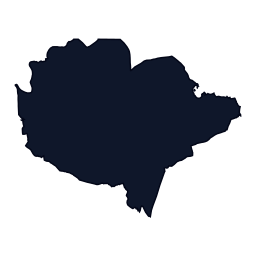 the district of Humbang Hasundutan, Sumatera Utara, Indonesia
{"feature_id": "22746128B305851071948", "entity_name": "Humbang Hasundutan", "entity_type": "district", "adm_level": 2, "iso_a3": "IDN", "parent_name": "Indonesia", "parent_adm1": "Sumatera Utara", "projection": "natural_earth1", "projection_center": [98.603, 2.238], "detail": "fine", "context": "isolated", "style": "filled", "palette": "ink", "viewbox_px": 256, "rotation_deg": 0, "n_neighbors": 0, "source": "geoboundaries", "source_scale": "gbopen_adm2", "svg_char_len": 5564}
<svg xmlns="http://www.w3.org/2000/svg" viewBox="0 0 256 256"><path d="M198.3,86.2L198.1,86.0L198.0,85.6L197.9,84.4L197.3,83.8L196.5,83.7L195.8,83.5L195.5,83.2L195.3,83.0L195.0,82.7L194.9,82.5L194.5,82.4L194.1,82.1L193.5,81.4L192.6,81.0L192.2,80.5L190.3,79.9L189.6,79.4L188.8,78.2L188.4,77.1L188.0,75.5L187.1,73.7L184.6,70.5L184.2,69.5L184.0,68.8L184.3,68.4L184.2,67.5L184.0,67.0L180.5,63.1L180.0,62.8L179.2,62.1L178.8,61.8L178.5,61.5L178.3,61.3L174.5,58.2L174.4,58.1L171.8,56.3L169.2,56.9L166.3,57.2L161.4,57.7L157.7,58.3L155.4,59.0L154.8,59.3L154.3,59.1L152.2,59.6L150.7,60.1L146.6,60.3L144.2,61.1L141.2,63.4L134.9,67.0L131.8,69.9L130.3,71.0L130.5,70.8L130.6,69.7L130.4,65.4L130.1,63.0L130.0,57.9L129.8,54.8L129.6,53.5L129.2,51.3L128.5,49.6L127.7,48.2L127.3,47.6L127.0,47.0L124.0,43.1L120.2,39.5L98.3,39.3L98.3,39.6L97.0,41.0L95.5,42.3L89.9,46.3L87.6,47.2L86.9,47.3L85.7,46.5L85.2,45.9L82.4,42.8L78.3,39.3L73.7,39.3L73.0,40.1L71.2,41.3L70.0,41.7L68.8,41.7L67.5,43.2L66.8,45.3L65.3,46.8L62.9,47.4L62.2,47.0L60.3,47.2L58.9,47.1L57.2,46.8L54.6,46.8L52.7,46.9L50.5,48.2L49.0,50.0L47.6,52.6L47.2,54.3L47.1,56.2L47.7,58.1L47.6,58.5L47.2,58.6L46.7,58.7L45.7,58.9L45.8,60.6L45.7,60.9L45.1,61.4L44.1,61.3L43.7,61.5L42.3,61.8L42.0,61.7L41.4,61.2L40.9,61.2L40.5,61.3L39.1,62.2L38.4,62.6L37.9,62.7L37.0,62.0L36.4,61.7L36.0,61.9L35.4,61.8L34.2,61.4L31.0,61.9L30.3,62.3L29.9,62.7L29.6,63.4L29.4,64.7L29.5,65.2L29.8,66.1L30.5,67.1L31.8,69.4L32.3,70.7L32.5,71.9L32.6,73.2L32.6,74.7L32.3,75.8L32.1,77.1L31.6,79.2L30.6,81.4L30.5,81.9L30.4,82.3L30.7,83.3L31.7,86.1L32.2,87.5L32.2,88.0L32.3,88.9L31.9,91.5L31.3,92.5L30.8,92.7L29.5,93.0L28.3,93.0L27.1,93.0L26.3,92.7L25.2,92.4L23.6,91.7L22.5,91.1L21.3,90.5L20.0,89.4L18.9,88.1L18.3,87.0L17.1,84.9L16.4,84.5L15.4,84.9L15.4,85.6L16.4,86.6L16.9,87.6L17.4,88.8L17.6,90.0L17.6,91.0L17.8,93.2L18.3,95.6L18.2,97.4L18.2,99.8L18.3,101.5L18.4,103.7L18.4,106.2L18.8,114.7L20.9,117.3L21.6,118.0L22.3,118.6L22.9,119.0L22.6,118.0L23.3,118.8L24.1,119.4L21.5,120.1L23.4,121.4L23.1,121.8L23.0,122.5L23.4,124.5L24.1,126.7L23.6,126.8L22.5,128.3L22.4,129.2L22.6,133.0L22.8,134.1L23.5,134.2L24.1,134.1L24.9,134.1L26.1,133.6L26.9,133.5L27.1,133.6L27.2,134.1L27.4,135.3L27.8,137.2L28.0,138.4L27.9,140.1L28.4,141.6L25.7,145.7L25.8,145.9L27.3,147.3L29.1,148.4L30.8,149.7L33.1,153.7L34.5,155.4L35.5,156.0L37.0,156.2L37.8,155.5L38.3,156.3L39.3,156.5L40.6,156.5L41.3,157.4L43.7,155.9L44.4,160.1L46.3,161.0L49.2,161.4L49.9,161.8L50.4,162.6L51.8,163.3L53.6,164.6L55.8,166.0L59.9,170.7L61.5,171.0L63.1,171.1L64.7,171.6L65.9,171.6L66.9,172.2L67.8,172.3L69.6,172.7L71.4,173.7L73.2,174.5L73.6,175.1L75.9,176.6L78.0,178.1L79.5,179.9L82.7,180.8L87.1,182.1L89.8,182.7L94.4,183.8L96.9,184.5L98.3,184.4L100.5,183.7L101.1,183.3L101.7,183.3L102.9,183.2L103.7,183.7L104.6,183.4L106.2,183.5L107.1,183.3L108.2,183.6L108.7,184.4L110.1,185.0L110.7,185.4L111.6,186.6L112.7,186.3L114.2,186.4L115.0,185.7L116.2,185.0L117.3,184.9L118.4,184.2L119.6,184.5L120.6,183.8L123.3,183.4L124.6,187.6L125.1,187.8L125.2,187.7L125.3,188.1L125.5,188.4L125.9,189.3L127.1,190.3L127.8,191.0L127.6,192.5L127.3,193.6L126.9,194.1L126.7,194.6L126.5,195.7L127.5,197.0L127.8,197.9L128.3,199.1L127.8,199.9L127.3,200.8L127.2,201.6L127.1,202.7L127.4,203.8L127.8,204.9L129.8,206.6L132.0,208.1L132.9,208.5L134.3,207.5L135.6,207.5L136.1,208.7L137.3,209.1L137.6,209.7L137.7,209.1L139.5,211.8L140.2,210.3L140.7,207.5L141.4,206.3L141.7,206.0L142.9,206.5L145.6,212.1L148.3,215.8L148.9,216.3L149.8,216.2L150.0,216.5L150.3,216.7L151.4,210.1L152.9,205.5L156.4,196.1L159.7,185.3L164.4,172.0L164.8,171.5L164.3,168.0L165.9,167.6L166.6,168.0L167.6,167.8L167.9,167.4L168.0,167.4L168.7,166.0L171.8,166.1L174.1,164.4L176.9,161.7L179.4,160.6L181.6,160.2L185.2,158.0L185.9,157.3L187.2,156.5L190.8,156.1L192.5,155.5L192.6,154.3L192.6,152.5L192.3,151.8L192.2,151.0L191.6,149.2L190.8,145.9L192.6,145.2L195.5,144.3L196.9,143.4L201.8,142.3L203.2,142.1L205.2,141.6L207.1,140.8L208.9,139.4L210.3,137.8L212.3,136.6L214.6,135.0L216.3,134.1L216.8,133.8L220.1,132.8L221.6,132.3L222.8,131.8L224.9,131.2L225.6,130.6L226.0,129.8L227.0,129.7L228.0,126.3L229.6,123.0L230.5,120.5L230.8,119.4L232.3,118.9L232.6,118.9L235.6,117.7L236.2,117.7L236.6,117.4L236.8,117.2L238.2,116.5L238.2,115.1L238.6,115.0L239.5,115.2L240.6,115.8L240.6,114.9L240.4,114.4L240.0,113.9L239.6,113.3L239.3,112.5L239.3,112.0L239.6,109.0L240.1,106.7L239.3,106.5L238.8,106.2L238.1,105.6L237.4,104.1L237.2,103.6L236.2,102.4L236.3,101.6L235.8,100.7L234.9,98.4L234.4,98.2L234.0,98.4L233.7,98.4L231.7,98.8L230.6,98.9L230.4,98.6L229.9,97.5L229.5,97.8L229.8,97.5L228.3,98.0L227.0,96.6L226.7,97.1L225.7,97.4L224.7,97.4L224.1,97.0L222.9,97.0L222.7,97.1L221.8,97.1L220.5,96.9L219.1,96.5L218.3,96.4L216.6,96.9L216.2,96.8L215.1,95.8L214.2,94.3L213.9,93.2L212.2,94.1L210.2,94.5L209.4,94.2L208.8,94.2L207.9,93.6L207.1,94.3L205.4,94.7L205.6,94.4L205.6,93.8L205.0,93.1L204.2,92.4L202.9,93.9L202.5,93.7L202.2,93.9L202.1,94.1L201.8,94.5L201.8,95.1L202.0,96.4L201.0,97.4L200.4,97.9L199.9,98.2L198.8,98.2L198.0,98.4L197.5,98.2L196.5,97.5L195.5,96.6L195.2,95.9L194.9,95.6L194.3,95.0L193.9,94.8L193.9,94.0L193.7,93.2L193.2,92.7L193.0,92.3L192.9,91.4L192.7,91.2L192.7,90.5L192.5,89.9L192.5,89.5L192.6,89.1L192.8,88.3L193.1,88.1L193.4,87.5L193.6,87.3L194.2,86.7L194.4,86.2L194.6,85.6L194.9,85.4L195.4,85.4L196.3,85.5L196.8,85.6L197.3,86.0L197.5,86.2L197.9,86.4L198.3,86.2ZM194.5,90.8L194.8,90.7L195.0,90.4L194.9,90.2L194.5,89.6L194.3,89.7L194.3,90.0L194.3,90.5L194.5,90.8ZM197.5,87.2L197.4,87.0L197.2,87.8L197.3,87.9L197.4,87.7L197.5,87.2Z" fill="#0f172a" stroke="#020617" stroke-width="1.5"/></svg>